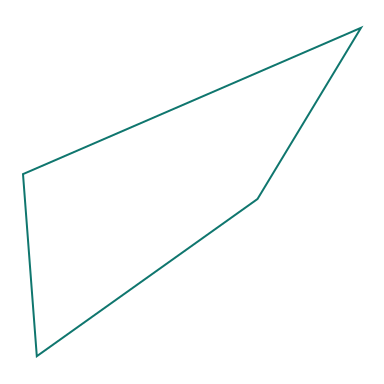 the border of Rakahanga
{"feature_id": "COK-4960", "entity_name": "Rakahanga", "entity_type": "state/province", "adm_level": 1, "iso_a3": "COK", "parent_name": "Cook Islands", "parent_adm1": "", "projection": "mercator", "projection_center": [-161.082, -10.036], "detail": "fine", "context": "isolated", "style": "outline", "palette": "teal", "viewbox_px": 384, "rotation_deg": 0, "n_neighbors": 0, "source": "natural_earth", "source_scale": "10m", "svg_char_len": 183}
<svg xmlns="http://www.w3.org/2000/svg" viewBox="0 0 384 384"><path d="M23.0,174.1L361.0,27.8L257.5,199.0L36.8,356.2L23.0,174.1Z" fill="none" stroke="#0f766e" stroke-width="2"/></svg>